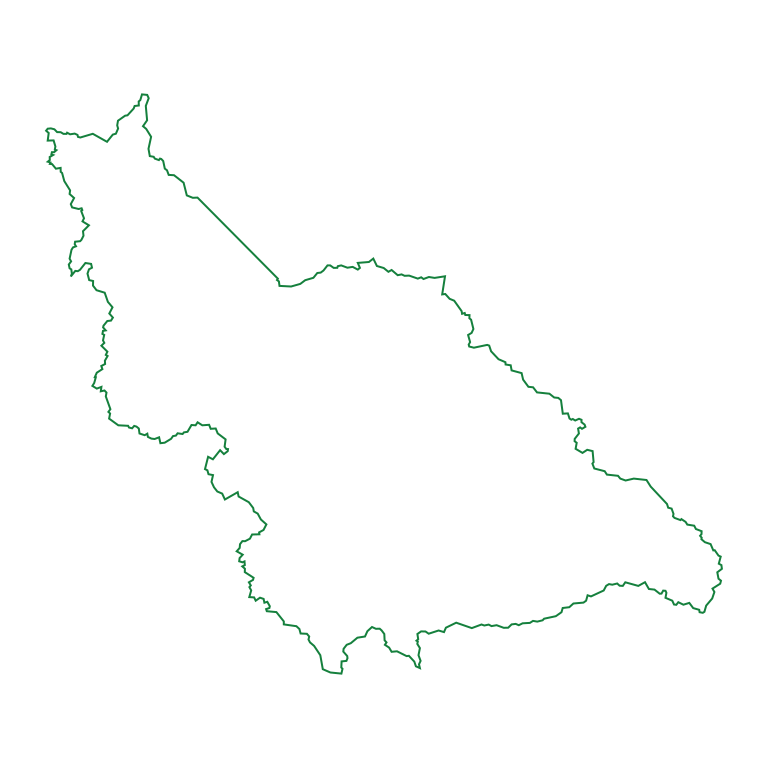 the district of Santa Rosa De Osos, Antioquia, Colombia
{"feature_id": "7082276B84745263365816", "entity_name": "Santa Rosa De Osos", "entity_type": "district", "adm_level": 2, "iso_a3": "COL", "parent_name": "Colombia", "parent_adm1": "Antioquia", "projection": "mercator", "projection_center": [-75.464, 6.704], "detail": "fine", "context": "isolated", "style": "outline", "palette": "green", "viewbox_px": 768, "rotation_deg": 0, "n_neighbors": 0, "source": "geoboundaries", "source_scale": "gbopen_adm2", "svg_char_len": 6041}
<svg xmlns="http://www.w3.org/2000/svg" viewBox="0 0 768 768"><path d="M147.2,94.9L142.0,94.4L140.3,100.1L138.7,101.5L138.8,105.5L134.6,106.0L133.7,108.5L127.5,115.3L125.1,115.7L118.0,120.7L117.2,125.4L118.1,128.5L115.9,133.7L112.8,134.6L107.0,141.8L92.8,133.8L80.3,137.5L78.0,136.9L77.5,134.9L74.7,133.6L70.1,134.3L67.1,132.7L66.5,133.9L63.5,133.9L60.7,132.2L57.1,132.1L54.4,129.3L50.9,128.4L47.7,128.7L46.1,130.7L48.7,133.0L47.7,140.6L53.6,140.4L55.4,146.5L54.8,149.6L56.4,150.2L54.1,152.2L51.9,152.2L51.4,154.4L53.1,155.0L49.7,157.0L49.8,160.0L47.8,161.7L50.5,162.5L49.9,163.9L52.1,164.1L55.9,168.7L60.6,167.9L60.7,171.8L62.1,173.0L64.3,181.1L70.1,190.4L69.6,194.0L74.1,198.0L70.8,204.1L72.1,207.4L78.6,209.0L81.6,208.3L82.3,210.1L81.2,211.0L84.0,218.3L82.5,221.4L88.9,225.3L83.0,231.2L83.5,235.7L81.4,239.9L80.1,241.2L75.1,241.7L74.7,244.1L76.0,246.3L73.0,247.4L71.5,249.8L69.6,258.7L71.1,261.4L68.8,264.5L69.6,268.3L71.3,269.4L71.9,273.7L70.8,276.5L75.3,270.9L77.8,271.2L80.0,269.8L85.4,263.0L91.1,263.9L92.0,267.7L89.0,269.3L87.5,273.6L89.2,280.1L93.1,281.0L93.0,285.6L96.5,290.2L104.7,292.7L107.9,301.9L112.5,307.3L109.3,313.5L112.9,317.6L111.0,320.6L107.3,321.0L103.5,325.7L103.1,327.4L105.7,330.4L103.0,330.9L102.4,333.9L104.2,334.9L103.0,340.4L104.3,342.9L101.4,345.7L107.4,351.7L105.8,354.9L107.6,356.0L104.9,360.7L105.1,364.0L101.3,366.0L102.4,369.1L96.8,372.7L94.8,377.2L95.8,377.3L94.2,383.0L92.4,385.9L96.8,388.6L101.4,386.9L100.8,391.3L104.5,390.5L106.5,392.6L105.8,396.4L110.4,409.2L108.4,411.9L110.1,413.5L109.1,418.6L118.3,425.3L128.1,425.8L129.0,427.5L132.1,428.3L134.2,425.9L136.5,426.6L138.8,428.5L139.5,433.5L144.7,435.2L147.3,433.7L147.9,436.9L151.4,438.6L154.6,439.0L159.1,437.3L160.4,443.2L164.7,442.7L171.1,438.8L173.0,436.1L175.9,435.6L177.6,433.3L182.6,434.0L183.9,432.4L187.5,431.8L191.5,425.0L195.6,425.3L197.6,422.3L202.3,425.3L209.1,424.8L210.7,428.8L215.7,428.5L217.7,433.4L225.6,439.4L224.6,446.7L226.3,449.0L228.0,449.1L227.7,451.2L223.9,454.1L220.1,450.2L212.9,459.3L208.1,456.8L205.0,469.1L207.4,470.3L208.5,474.2L213.0,475.1L211.5,481.9L214.0,487.3L217.3,491.5L222.2,493.6L224.9,499.5L237.7,492.2L238.6,496.5L248.8,502.2L253.2,508.0L253.8,511.4L257.7,513.6L260.9,519.5L266.4,524.4L263.5,530.0L259.1,532.4L259.4,534.3L252.1,534.5L249.9,538.7L245.1,541.2L242.4,541.1L240.0,544.2L239.7,547.9L236.7,551.3L242.7,554.7L239.6,558.1L239.2,561.3L242.5,562.3L244.5,561.4L244.8,565.1L242.3,566.4L244.9,568.7L244.8,572.1L253.6,577.8L253.0,579.9L248.9,582.3L250.8,585.4L249.4,587.1L251.2,590.4L249.3,597.1L254.1,597.4L255.7,600.7L260.0,597.7L263.6,598.9L264.4,602.7L267.3,601.8L269.8,606.2L269.4,608.0L266.1,609.1L266.8,611.2L276.4,612.1L283.8,621.4L283.8,624.4L296.4,626.2L299.4,629.0L300.6,633.5L306.9,633.8L309.2,636.5L308.5,639.5L310.0,642.4L314.1,645.9L320.3,655.2L322.8,669.2L330.4,672.5L341.4,673.6L342.5,668.8L341.3,667.5L341.6,661.4L346.4,660.9L347.5,658.2L347.2,656.0L343.3,651.6L343.6,648.8L346.7,644.8L350.8,643.2L357.4,637.7L365.0,636.5L367.4,631.2L372.0,627.0L375.9,628.8L379.7,628.7L381.6,630.4L384.3,634.0L384.6,640.3L386.5,642.4L384.9,644.8L389.1,647.6L391.6,651.8L397.0,651.3L406.6,656.1L408.9,655.8L414.3,661.6L415.9,666.3L419.9,668.1L419.0,664.3L420.6,660.9L418.5,655.2L419.9,648.1L417.3,643.9L417.8,641.5L416.5,640.7L418.2,639.2L417.4,634.0L421.1,631.4L425.5,631.5L428.7,633.7L438.6,630.5L444.0,632.1L445.9,627.7L456.2,622.7L471.8,628.1L481.5,624.5L484.3,625.5L488.7,624.6L491.5,626.1L496.6,625.2L503.7,627.8L508.2,627.7L511.6,624.4L515.7,623.9L518.8,625.2L522.6,623.3L529.9,622.9L533.0,620.9L537.3,621.6L542.6,620.3L544.1,618.7L555.8,616.2L561.5,612.2L562.7,608.0L569.3,607.2L573.4,603.5L583.5,602.6L586.1,600.7L587.6,595.3L591.0,596.4L603.7,590.5L606.2,585.8L609.0,584.1L612.3,584.7L617.2,583.5L619.6,585.7L622.8,585.9L625.3,582.3L638.3,585.9L645.0,582.2L648.9,589.0L654.5,589.6L659.7,593.7L661.5,593.6L663.2,590.6L665.5,590.8L666.4,592.8L665.5,597.8L672.3,600.7L674.0,604.5L676.3,604.8L678.3,602.2L683.4,604.7L689.3,602.9L693.2,608.1L699.2,609.8L699.6,612.2L702.8,612.8L704.4,611.8L706.2,605.6L712.2,598.5L714.4,592.0L712.5,588.6L720.2,583.7L721.0,580.7L718.5,578.7L717.3,572.3L721.9,568.8L721.4,565.1L718.8,563.7L720.7,556.6L718.5,555.6L714.7,550.2L713.3,550.4L710.6,544.1L704.9,542.2L701.4,539.2L701.7,537.7L700.1,535.8L701.5,534.1L701.6,531.2L695.9,529.0L694.2,525.7L687.3,524.6L685.6,521.9L681.4,519.1L680.5,520.1L674.5,517.9L673.0,516.3L673.5,513.9L671.6,508.6L668.2,507.7L667.0,504.0L650.7,486.6L646.5,480.0L633.8,478.6L625.6,480.5L620.3,478.6L618.0,475.8L606.9,474.6L604.7,471.2L594.3,468.5L592.4,463.6L593.6,462.1L592.6,451.1L587.2,449.8L582.5,452.9L575.6,448.8L576.7,442.8L574.6,441.2L574.7,438.9L578.9,433.5L578.1,428.6L580.1,427.4L582.0,428.8L585.4,426.8L584.6,424.6L581.5,422.2L581.5,419.8L579.0,418.8L575.2,420.5L572.8,419.0L571.3,419.7L569.5,418.5L567.9,413.4L562.8,413.7L561.0,400.2L558.3,397.9L554.2,397.5L549.4,393.7L537.0,392.4L533.1,387.3L528.4,386.8L523.1,379.6L521.6,373.1L511.6,370.4L510.7,365.3L505.6,364.5L505.4,362.2L498.5,359.2L491.1,351.3L489.2,345.6L487.2,344.9L473.9,347.7L469.2,346.5L468.7,344.6L470.1,342.1L468.1,335.0L471.6,332.9L473.4,329.0L471.1,319.7L469.4,318.3L469.5,315.1L465.3,315.0L464.7,313.0L462.1,313.8L461.6,311.1L454.2,300.7L449.6,298.8L445.3,294.0L442.2,294.4L445.0,276.3L434.6,277.9L428.9,277.0L423.5,279.0L421.2,277.3L417.8,278.6L409.1,275.6L404.6,275.8L401.6,274.4L397.7,275.2L391.6,270.0L388.4,271.8L383.7,268.0L376.9,266.0L373.3,258.6L368.9,262.0L357.8,262.9L359.9,267.9L357.8,269.6L352.7,266.9L347.4,267.7L341.2,265.4L337.8,266.2L337.3,267.8L333.7,267.9L330.2,265.4L327.5,265.4L323.5,270.5L320.7,272.6L317.3,273.0L313.4,277.8L305.2,280.2L300.3,283.9L291.1,286.5L279.5,285.9L278.9,281.4L277.0,280.0L277.9,278.7L197.5,197.6L192.8,197.8L186.8,195.4L183.6,182.7L174.0,175.2L168.7,174.9L167.0,170.3L164.8,168.6L163.2,161.0L161.3,159.0L160.0,158.6L158.9,160.1L154.8,158.6L153.7,156.8L149.8,156.1L148.5,148.8L151.1,136.8L146.2,128.9L143.0,126.2L147.1,120.3L145.8,105.9L148.7,98.2L147.2,94.9Z" fill="none" stroke="#15803d" stroke-width="2"/></svg>